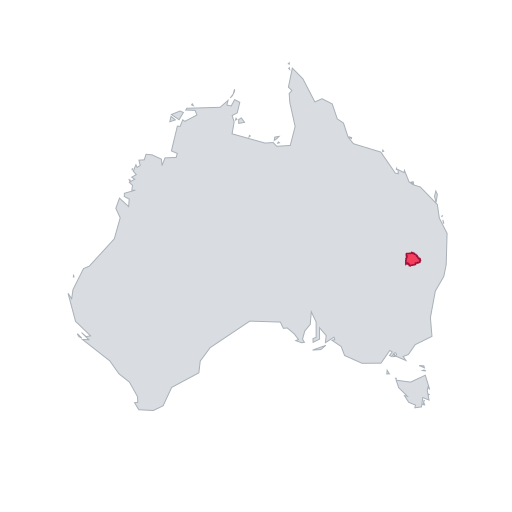 Narrabri, New South Wales, Australia shown in context, rotated 348°
{"feature_id": "25037944B38691483406712", "entity_name": "Narrabri", "entity_type": "district", "adm_level": 2, "iso_a3": "AUS", "parent_name": "Australia", "parent_adm1": "New South Wales", "projection": "orthographic", "projection_center": [149.591, -30.328], "detail": "fine", "context": "in_parent", "style": "filled", "palette": "rose", "viewbox_px": 512, "rotation_deg": 348, "n_neighbors": 0, "source": "geoboundaries", "source_scale": "gbopen_adm2", "svg_char_len": 6156}
<svg xmlns="http://www.w3.org/2000/svg" viewBox="0 0 512 512"><g transform="rotate(348 256 256)"><path d="M338.7,92.4L345.6,117.5L353.3,115.9L362.2,123.1L364.0,138.8L369.2,144.1L370.8,158.8L374.6,166.4L399.7,180.3L409.5,203.9L412.3,205.1L412.8,200.9L418.1,205.2L419.0,203.1L421.1,215.2L424.3,218.8L431.1,222.7L444.1,243.4L443.2,257.0L447.6,273.6L440.2,304.1L435.4,315.1L424.1,327.6L413.8,352.5L411.4,371.2L393.3,375.8L384.6,384.0L379.1,384.9L380.9,389.4L371.9,383.0L373.1,381.4L372.4,379.7L370.8,379.7L368.1,382.7L365.9,381.1L369.3,378.2L367.2,376.2L356.0,386.8L337.4,383.0L322.0,371.8L320.5,362.3L312.8,354.2L315.7,354.2L315.4,351.6L305.9,355.2L308.1,348.4L303.2,339.4L300.9,350.5L293.9,352.3L294.6,348.6L297.9,348.2L301.1,333.0L298.5,322.1L294.8,334.2L288.1,339.5L284.2,347.0L285.4,350.5L282.5,350.3L277.3,347.0L280.2,346.6L277.2,340.1L271.6,332.9L267.7,332.4L266.1,325.7L236.4,318.4L192.1,336.1L179.6,347.2L175.8,358.4L146.2,367.0L134.0,383.2L123.4,385.8L109.4,382.0L106.7,374.2L109.9,374.6L110.9,369.0L106.0,353.1L97.4,342.7L91.2,328.2L68.9,301.6L75.1,303.1L69.4,294.6L73.1,299.5L77.6,299.7L65.9,282.4L64.4,253.4L66.8,259.5L70.0,250.8L84.6,232.5L90.9,231.2L121.0,209.7L131.1,190.4L128.8,180.2L134.5,171.0L141.7,181.2L143.8,174.0L139.5,170.4L140.3,167.3L151.7,166.5L148.1,166.2L149.9,161.1L147.4,157.6L153.4,155.6L150.8,153.1L155.8,151.5L153.6,147.6L157.5,141.8L158.1,144.6L161.6,143.4L161.4,137.9L166.7,138.7L169.6,133.6L175.4,135.5L183.6,141.6L182.9,148.0L187.4,141.1L198.4,143.0L200.3,139.3L195.1,135.6L206.1,112.6L208.7,113.5L212.7,107.6L214.4,109.5L227.5,105.8L226.7,100.9L217.7,98.6L219.0,97.1L251.8,103.1L261.0,98.0L258.9,102.3L263.0,104.1L267.6,98.6L272.1,102.3L267.4,112.1L261.9,113.6L262.5,120.3L258.0,131.5L288.3,147.4L296.4,148.6L299.1,153.0L312.5,155.0L321.2,137.5L321.0,113.1L322.2,104.0L325.5,101.6L322.8,97.6L330.6,79.8L338.7,92.4ZM367.3,406.6L381.0,411.5L396.8,407.8L398.1,422.7L397.0,420.0L395.5,423.2L395.3,432.9L389.7,429.1L386.5,438.0L379.8,437.5L381.0,435.0L375.0,430.9L372.2,423.5L374.9,424.7L368.2,414.5L367.3,406.6ZM202.7,100.0L211.8,98.4L214.8,100.5L209.1,106.7L202.7,100.0ZM291.8,359.8L305.7,357.9L300.0,361.0L291.8,359.8ZM270.4,117.9L272.6,122.9L266.7,122.7L267.4,118.9L270.4,117.9ZM443.3,241.0L443.0,234.8L445.4,229.8L446.2,233.5L443.3,241.0ZM392.8,397.1L397.3,398.3L397.5,400.4L392.8,397.1ZM201.9,101.7L205.4,106.1L199.6,106.8L201.9,101.7ZM362.0,399.0L359.4,398.6L360.5,395.0L362.0,399.0ZM303.4,143.8L300.7,145.6L297.9,146.7L299.1,143.6L303.4,143.8ZM68.6,300.3L66.0,298.0L65.1,295.4L65.4,295.2L68.6,300.3ZM396.6,402.4L398.3,403.8L395.0,402.7L396.6,402.4ZM423.1,216.0L425.2,216.0L425.1,218.7L423.1,216.0ZM371.5,158.6L374.1,160.1L373.7,161.0L371.5,158.6ZM389.7,434.3L390.0,436.7L388.3,436.0L389.7,434.3ZM446.3,259.5L446.4,262.9L446.1,262.8L446.3,259.5ZM226.0,95.9L224.4,94.8L225.3,93.9L226.0,95.9ZM269.3,90.4L267.2,93.2L269.7,88.4L269.3,90.4ZM446.7,255.4L445.7,256.5L446.4,255.3L446.7,255.4ZM275.3,137.4L274.0,138.0L274.7,136.7L275.3,137.4ZM265.8,118.3L264.2,118.8L265.1,117.1L265.8,118.3ZM73.6,236.3L73.6,238.6L73.0,238.6L73.6,236.3ZM327.8,78.8L327.7,80.5L327.0,79.3L327.8,78.8ZM370.9,380.6L371.3,381.7L370.8,381.4L370.9,380.6ZM266.6,94.0L263.6,96.1L266.7,93.5L266.6,94.0ZM153.5,145.1L152.6,146.5L153.1,144.9L153.5,145.1ZM390.6,432.6L389.8,433.1L390.2,432.2L390.6,432.6ZM302.4,150.1L300.7,150.2L301.5,149.1L302.4,150.1ZM148.8,155.7L148.1,156.6L147.8,155.0L148.8,155.7ZM396.7,427.4L395.6,428.1L395.9,426.8L396.7,427.4ZM328.7,74.0L328.6,75.2L327.6,74.7L328.7,74.0ZM370.3,382.2L371.6,383.2L369.6,383.0L370.3,382.2ZM402.7,180.1L401.6,180.2L402.0,178.8L402.7,180.1ZM411.8,200.7L411.2,200.7L411.7,199.6L411.8,200.7ZM367.8,404.8L367.5,405.7L367.1,404.6L367.8,404.8Z" fill="#d9dde1" stroke="#a8b0b8" stroke-width="1"/><path d="M400.9,295.2L402.0,294.6L402.2,295.0L402.5,294.8L402.4,294.7L402.6,294.6L403.0,294.4L403.2,294.8L403.1,295.0L403.2,295.6L403.8,295.6L403.8,295.8L403.8,296.1L403.9,296.3L403.9,296.6L404.2,296.4L404.7,297.8L405.7,297.3L406.6,297.4L406.6,297.5L407.5,297.6L407.7,297.3L409.0,297.5L409.0,297.4L409.3,297.3L410.0,297.4L410.0,297.2L410.3,296.9L410.5,296.9L410.5,296.7L410.4,296.7L410.4,296.4L410.6,296.4L410.6,296.2L410.9,296.2L411.0,296.0L411.5,296.2L412.0,296.3L412.1,296.2L412.3,296.0L412.4,295.9L412.5,295.9L412.6,296.2L412.6,296.3L412.8,296.6L413.0,296.6L413.3,296.0L413.5,296.1L413.8,296.1L414.8,296.2L414.8,295.9L415.0,295.9L415.2,295.4L415.1,295.5L415.1,295.4L415.1,295.2L415.4,295.2L415.5,295.2L415.7,294.9L415.7,294.7L415.8,294.7L416.0,294.6L416.0,294.4L415.9,294.4L415.8,294.2L415.7,294.0L415.7,293.9L415.9,294.0L416.0,294.0L416.0,293.9L415.8,293.8L415.8,293.6L415.7,293.6L415.8,293.3L415.6,293.2L415.8,293.1L415.8,292.9L415.7,292.9L415.7,293.0L415.6,292.9L415.8,292.7L415.7,292.5L415.7,292.4L415.5,292.2L415.4,292.2L415.4,292.3L415.3,292.5L415.2,292.5L415.0,292.4L414.9,292.4L414.7,292.3L414.6,292.2L414.4,292.1L414.5,292.1L414.6,291.9L414.4,291.8L414.2,291.9L414.1,291.7L414.2,291.4L414.1,291.1L414.1,290.9L413.9,290.8L413.9,290.7L414.0,290.6L413.9,290.5L414.0,290.5L414.0,290.4L413.9,290.4L413.9,290.2L413.7,290.1L413.7,289.9L413.6,290.0L413.5,289.9L413.4,289.8L413.2,289.6L413.1,289.4L413.0,289.2L413.0,288.9L412.9,288.7L412.9,288.3L412.8,288.0L412.7,287.7L412.4,287.5L412.2,287.5L412.0,287.4L411.6,287.3L411.6,287.2L411.4,286.9L411.4,286.7L411.4,286.4L411.2,286.4L410.6,286.3L410.3,286.3L410.3,285.9L410.2,285.9L410.0,285.7L409.9,285.7L410.0,285.3L409.6,285.2L409.6,285.3L409.5,285.7L409.4,285.7L409.0,285.5L409.1,285.3L408.9,285.2L408.8,285.3L408.7,285.3L408.5,285.5L408.4,285.5L408.4,285.4L408.3,285.5L408.2,285.6L407.9,285.6L407.7,285.6L407.4,285.5L407.3,285.4L407.2,285.4L406.9,285.3L406.7,285.3L406.4,285.3L406.1,285.3L403.7,284.9L403.4,285.3L403.3,286.1L403.2,286.3L403.1,287.2L403.6,287.2L403.5,288.1L403.3,288.1L403.3,288.5L403.2,288.5L403.1,288.8L402.9,288.9L402.9,289.0L402.7,289.1L402.4,289.4L402.5,289.6L402.1,289.8L402.1,290.0L402.0,290.9L402.0,291.0L401.9,291.2L401.9,291.3L402.0,291.3L401.9,291.5L401.8,291.4L401.7,291.5L401.7,291.4L401.7,291.5L401.7,291.4L401.5,291.7L401.5,291.8L401.3,293.5L401.1,293.6L400.9,295.2Z" fill="#f43f5e" stroke="#9f1239" stroke-width="1.5"/></g></svg>